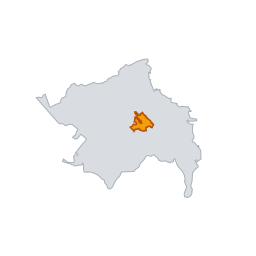 location of Cundinamarca within Colombia, rotated 128°
{"feature_id": "COL-1398", "entity_name": "Cundinamarca", "entity_type": "Department", "adm_level": 1, "iso_a3": "COL", "parent_name": "Colombia", "parent_adm1": "", "projection": "orthographic", "projection_center": [-74.139, 4.765], "detail": "fine", "context": "in_parent", "style": "filled", "palette": "amber", "viewbox_px": 256, "rotation_deg": 128, "n_neighbors": 0, "source": "natural_earth", "source_scale": "10m", "svg_char_len": 7546}
<svg xmlns="http://www.w3.org/2000/svg" viewBox="0 0 256 256"><g transform="rotate(128 128 128)"><path d="M145.3,43.2L143.0,44.1L138.5,45.3L135.4,50.5L133.3,51.4L130.6,54.4L128.7,58.2L127.3,65.8L123.4,72.3L123.7,72.6L125.3,72.3L126.7,71.6L127.3,71.8L127.8,73.0L129.6,73.3L131.0,78.5L133.7,81.2L134.0,82.2L134.4,84.4L133.4,85.8L133.2,90.6L134.0,91.8L136.0,92.3L137.4,95.3L138.2,96.0L139.5,96.4L142.4,95.9L147.8,96.4L149.0,96.3L152.0,95.3L155.8,96.5L158.7,96.7L166.4,105.8L167.1,105.5L168.1,106.0L170.0,105.1L171.7,104.9L173.9,105.4L176.7,105.3L182.5,104.4L183.4,103.8L186.5,104.3L187.5,105.0L187.9,106.7L187.6,107.7L186.5,108.8L185.9,110.2L185.8,111.8L185.2,113.0L184.2,113.8L183.8,115.0L184.1,116.5L183.6,123.4L184.0,123.9L184.4,126.8L185.8,130.4L186.4,131.4L187.5,132.3L189.6,135.3L189.2,136.3L183.9,141.1L183.7,142.2L184.7,141.7L186.3,142.1L186.9,143.3L190.8,146.5L190.7,147.8L191.8,150.2L191.6,150.8L194.4,157.8L194.5,159.3L192.2,159.7L192.1,155.0L191.8,154.0L189.2,149.9L188.7,149.5L187.0,150.0L184.2,153.2L182.9,153.6L181.8,153.2L180.8,151.4L180.1,151.0L179.4,152.6L180.3,154.0L167.8,154.0L165.4,153.5L162.0,154.2L162.0,161.3L167.9,161.4L169.5,163.4L169.4,165.1L169.6,165.7L168.2,166.0L166.2,164.9L162.5,166.3L159.8,166.6L159.6,174.4L161.2,176.4L164.4,178.5L164.8,179.9L164.6,181.2L165.4,182.9L166.4,183.8L166.4,184.8L166.9,185.9L160.6,219.0L158.4,217.0L157.7,215.2L156.6,214.5L154.5,215.1L152.3,214.1L159.5,202.9L159.3,201.9L153.3,199.2L152.6,198.5L149.8,197.0L148.2,197.5L147.3,198.2L145.1,198.5L143.3,197.3L141.2,196.5L138.6,198.4L137.9,198.4L136.1,199.2L134.1,199.5L131.6,198.7L129.6,199.3L128.2,199.2L127.6,198.6L125.8,197.9L125.6,197.1L126.1,195.7L125.4,193.0L125.1,192.6L123.7,192.5L122.1,191.5L121.8,190.9L122.1,189.8L121.8,188.9L120.2,186.7L118.1,186.1L116.0,184.3L113.9,183.7L112.9,182.3L112.0,179.4L109.8,177.1L108.3,176.3L107.8,175.2L106.2,175.1L104.1,173.6L103.1,173.5L102.5,174.2L100.5,173.5L98.8,172.3L97.1,172.1L96.0,171.4L93.9,169.2L91.7,168.2L90.4,168.6L90.0,170.2L89.2,170.4L86.7,170.0L86.2,170.4L85.6,170.3L82.4,169.1L79.3,168.7L78.6,166.0L76.6,165.0L76.0,163.8L74.6,163.9L69.3,161.5L67.2,159.8L65.3,158.9L63.4,157.0L63.0,156.2L61.5,155.1L62.3,153.7L64.1,152.7L66.4,153.5L66.7,151.9L65.9,150.4L66.3,147.1L66.9,146.4L68.2,145.7L69.0,146.0L69.5,145.4L71.5,145.7L72.0,145.5L73.5,144.2L74.2,143.1L74.8,143.2L76.4,141.4L76.1,139.7L77.6,139.3L79.2,136.4L79.8,136.3L80.2,134.9L82.9,130.1L81.9,130.7L80.9,130.3L81.0,128.7L80.7,128.5L79.8,129.8L79.1,128.5L79.3,126.4L78.1,126.8L78.1,126.3L79.9,124.8L80.7,121.3L80.1,120.0L79.7,114.6L79.4,113.6L78.0,112.3L80.3,110.8L81.1,109.7L80.1,107.3L78.8,105.3L78.7,104.1L79.5,104.2L79.9,100.9L79.1,99.7L78.2,99.6L75.2,94.7L74.1,93.7L75.0,91.4L75.9,90.4L75.7,88.6L76.3,88.7L77.6,90.3L78.1,90.1L80.2,88.5L80.2,87.1L81.9,85.6L79.6,80.6L78.8,79.9L79.8,78.3L80.3,78.4L81.2,79.9L82.6,80.9L84.7,83.7L85.6,84.4L84.9,85.0L84.8,85.6L85.1,86.0L86.3,86.1L86.8,85.3L86.5,82.0L86.0,80.3L84.9,79.1L85.2,78.6L87.4,77.8L91.9,74.5L93.4,71.5L94.6,70.4L95.9,69.7L97.6,69.9L98.8,69.5L99.2,68.6L98.4,66.5L99.3,63.6L99.3,62.1L99.9,61.3L99.7,60.9L98.1,61.9L99.8,59.9L101.0,56.9L107.4,51.4L111.6,52.7L113.0,52.7L111.2,53.3L111.0,54.1L111.6,54.9L112.2,55.2L112.8,54.7L114.2,51.5L114.4,49.7L115.0,49.1L115.9,48.9L120.0,49.7L123.9,49.4L130.3,44.9L135.0,42.9L136.2,41.0L136.5,39.7L137.4,39.1L138.3,39.1L138.8,38.3L141.0,37.1L143.4,37.0L145.8,38.0L147.0,39.9L147.2,41.2L145.3,43.2ZM71.5,145.1L71.2,145.3L70.7,144.9L70.5,144.4L70.8,144.0L71.3,144.1L71.5,145.1Z" fill="#d9dde1" stroke="#a8b0b8" stroke-width="1"/><path d="M111.2,132.5L110.8,132.2L110.4,131.7L110.5,130.9L110.8,130.4L110.9,130.1L111.0,129.9L110.7,129.4L110.9,129.0L110.8,128.8L110.8,128.7L110.9,128.4L111.1,128.2L111.3,128.0L111.3,127.8L111.2,127.5L111.2,127.4L111.2,127.2L110.8,126.6L110.6,126.4L110.4,126.2L110.2,126.3L109.9,126.4L109.8,126.5L109.7,126.7L109.6,126.8L109.4,127.0L109.3,126.9L109.2,126.9L108.9,126.9L108.6,126.5L108.4,126.6L108.3,126.4L108.0,126.3L108.0,126.1L107.7,126.2L107.2,126.3L106.9,126.3L106.8,126.2L106.9,125.9L107.6,124.1L107.8,123.7L107.8,123.3L107.6,122.8L107.8,122.8L107.8,122.7L107.6,122.6L107.7,122.4L107.9,122.2L107.7,122.0L107.7,121.9L107.7,121.7L107.5,121.4L107.6,121.2L107.8,121.1L108.0,121.0L108.0,120.9L108.2,120.6L108.1,119.9L108.2,119.6L108.4,119.5L108.3,119.4L108.4,119.2L108.2,118.7L108.3,118.6L108.5,118.5L108.6,118.4L108.4,118.1L108.4,117.8L108.5,117.1L108.5,115.3L108.4,115.1L108.4,114.9L108.5,114.9L108.6,114.7L108.7,114.4L108.9,114.1L109.0,113.8L109.1,113.7L109.2,113.4L109.4,113.3L109.3,113.1L109.3,112.9L109.3,112.7L109.2,112.5L109.1,112.4L109.3,112.2L109.5,112.2L109.4,112.0L109.5,111.5L109.6,111.2L109.4,111.0L109.5,110.9L109.6,110.7L109.5,110.4L109.5,110.0L110.3,109.8L110.5,109.7L110.9,109.6L111.1,109.7L111.2,109.8L111.8,109.9L112.0,109.8L112.1,109.7L112.3,109.6L112.6,109.3L112.8,109.2L112.9,109.3L113.0,109.4L113.0,109.5L113.1,109.8L113.2,110.0L113.3,110.1L113.3,110.4L113.3,110.6L113.4,110.8L113.3,111.1L113.1,111.3L113.1,111.6L113.3,111.9L113.8,112.3L113.8,112.5L113.8,112.8L113.9,113.0L114.0,113.0L114.3,113.0L114.6,113.2L114.8,113.3L115.5,113.3L115.5,113.5L115.7,113.8L115.9,113.9L116.0,113.9L116.6,114.2L117.3,113.5L117.6,113.4L117.7,113.2L118.3,112.4L118.5,112.2L118.8,112.1L118.8,112.7L119.4,113.0L119.6,112.9L119.9,113.2L120.1,113.2L120.3,113.2L120.4,113.3L120.5,113.6L120.9,114.0L121.0,114.0L121.1,114.3L121.0,114.5L121.0,114.8L121.4,115.2L121.6,115.3L121.8,115.7L121.7,116.0L121.8,116.3L122.1,116.7L122.1,116.9L122.1,117.0L122.3,117.6L121.8,118.0L121.9,118.4L121.5,119.0L121.8,119.5L122.7,119.5L123.0,119.6L123.3,120.0L123.5,120.3L123.4,120.4L123.5,120.5L123.9,120.6L124.1,121.0L124.4,121.3L124.6,121.2L124.8,121.2L125.0,121.3L125.0,121.6L125.1,121.8L125.4,121.8L125.8,122.0L126.3,122.0L126.4,121.9L126.5,121.8L126.5,121.7L126.7,121.4L126.7,121.2L126.9,121.2L126.8,121.4L126.4,124.0L126.1,126.4L126.0,126.6L125.9,126.8L125.8,126.7L125.5,126.5L125.3,126.4L125.2,126.2L124.8,126.0L123.5,125.7L122.8,125.8L122.5,126.0L122.3,126.1L122.2,126.1L121.9,126.0L121.7,126.0L121.6,125.9L121.5,125.7L121.4,125.6L121.2,125.1L121.2,124.8L121.1,124.6L120.9,124.3L120.8,124.2L120.7,123.9L120.3,123.9L120.2,123.8L120.2,123.7L119.9,123.5L119.7,123.6L119.5,123.9L119.4,124.1L119.2,124.2L118.9,124.3L118.7,124.5L118.6,124.9L118.8,125.0L118.9,125.6L118.9,125.8L118.9,126.0L119.1,126.2L119.1,126.4L119.1,126.5L119.3,127.0L119.0,127.0L118.8,127.0L118.6,127.0L118.4,127.2L117.6,127.5L117.4,127.6L117.2,127.7L117.1,127.9L117.0,128.0L116.8,128.1L116.7,128.1L116.3,128.2L116.1,128.4L115.7,128.7L115.2,129.2L114.9,129.2L115.1,128.6L115.1,128.3L115.1,128.2L115.3,128.1L115.5,127.8L115.5,127.7L115.4,127.5L115.3,127.3L115.0,127.0L114.9,126.5L114.9,126.4L114.9,126.2L115.4,125.5L115.4,125.2L115.3,124.8L115.3,124.5L115.3,124.4L115.6,124.1L115.7,123.9L115.9,123.7L116.2,123.2L116.4,123.0L116.6,122.3L116.4,122.3L116.2,122.2L116.3,122.0L116.4,121.9L116.4,121.7L116.4,120.8L116.4,120.6L116.4,120.3L116.1,120.2L115.9,120.1L115.7,120.1L115.7,120.3L115.6,120.5L115.4,120.6L115.1,121.2L114.9,121.3L114.6,121.6L114.7,121.8L114.8,121.8L114.7,121.9L114.7,122.0L114.4,122.1L114.1,122.4L114.2,122.6L114.3,122.7L114.4,122.8L114.5,122.9L114.6,123.3L114.6,123.8L114.2,124.9L114.4,124.9L114.5,124.9L114.5,125.1L114.3,125.5L114.3,126.1L114.2,126.3L114.2,126.6L114.0,126.8L113.8,127.1L113.8,127.6L113.7,128.0L113.3,128.1L113.2,128.0L113.0,127.9L112.9,127.9L112.8,128.0L112.5,128.9L112.5,129.1L112.5,129.4L112.6,129.6L112.6,129.9L112.6,130.0L112.2,130.9L112.0,131.4L111.2,132.5Z" fill="#f59e0b" stroke="#b45309" stroke-width="1.5"/></g></svg>